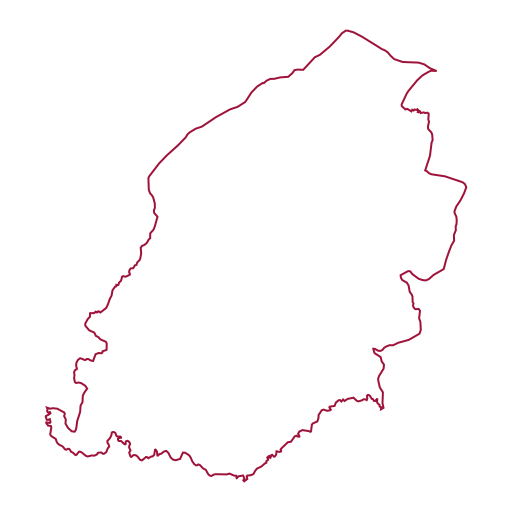 the district of Restrepo, Valle del Cauca, Colombia
{"feature_id": "7082276B97721102897015", "entity_name": "Restrepo", "entity_type": "district", "adm_level": 2, "iso_a3": "COL", "parent_name": "Colombia", "parent_adm1": "Valle del Cauca", "projection": "natural_earth1", "projection_center": [-76.549, 3.81], "detail": "fine", "context": "isolated", "style": "outline", "palette": "rose", "viewbox_px": 512, "rotation_deg": 0, "n_neighbors": 0, "source": "geoboundaries", "source_scale": "gbopen_adm2", "svg_char_len": 5983}
<svg xmlns="http://www.w3.org/2000/svg" viewBox="0 0 512 512"><path d="M195.7,128.7L190.2,132.0L187.7,134.1L185.5,137.6L178.0,145.3L167.0,155.2L159.2,163.3L149.2,176.3L148.4,178.1L148.8,189.8L150.1,193.3L152.0,195.4L153.2,197.5L154.8,203.4L154.9,207.7L153.9,210.6L154.2,213.0L157.5,216.7L154.8,226.4L153.5,229.7L150.2,233.4L150.2,238.2L148.7,239.6L146.6,243.2L143.8,245.3L142.2,245.7L140.7,247.7L141.2,253.3L140.2,258.8L139.4,260.3L137.4,262.2L136.4,264.9L134.9,265.4L133.2,268.2L130.8,268.4L129.5,270.0L129.1,272.2L129.9,273.8L129.8,274.7L126.2,276.5L125.0,276.7L123.2,276.1L122.1,276.7L121.0,280.8L119.1,282.5L118.4,284.9L117.8,285.2L116.4,284.8L116.1,286.4L115.0,286.7L112.5,290.3L111.6,295.5L109.6,299.4L108.1,303.9L106.2,308.0L100.4,312.5L98.9,311.3L97.3,312.3L97.1,311.8L96.1,312.2L95.7,311.7L94.0,313.1L90.1,313.2L89.9,316.8L87.7,319.1L85.3,323.5L85.2,325.3L85.7,326.2L89.2,330.3L94.3,332.6L95.8,335.8L98.5,337.2L100.3,339.3L105.9,341.8L106.7,343.5L106.6,348.9L106.4,350.0L102.5,351.3L102.4,352.6L101.5,353.3L98.7,353.0L95.6,354.2L93.1,361.0L90.5,360.4L88.5,359.1L86.7,359.0L85.9,359.8L84.7,360.0L80.6,358.3L79.8,358.4L77.8,360.1L76.5,362.5L76.1,365.2L76.9,369.0L74.8,370.4L74.1,372.2L74.5,375.1L74.1,378.3L74.9,382.1L76.1,383.0L78.7,382.5L81.3,383.2L85.2,385.7L87.2,388.6L84.1,392.9L82.8,395.8L82.5,402.2L80.6,405.5L80.1,412.1L77.2,421.1L76.3,428.0L75.6,430.3L74.6,431.7L71.7,431.3L68.1,428.0L65.5,423.6L65.8,419.5L64.1,416.0L64.8,414.1L64.4,412.6L57.3,408.7L52.9,408.2L50.1,408.7L46.9,407.6L47.6,409.4L47.1,410.7L47.5,411.9L48.2,412.6L49.9,412.0L50.5,413.1L49.4,414.2L45.9,416.1L45.7,416.8L46.8,419.8L48.0,419.9L49.8,419.1L50.5,422.0L49.8,423.0L46.4,422.3L46.2,422.9L48.1,425.6L50.9,426.0L51.3,427.8L50.2,434.1L50.4,434.9L51.3,436.1L55.8,439.0L56.6,441.7L57.6,443.3L59.5,444.9L62.6,446.4L65.1,449.4L66.4,449.7L67.6,448.9L69.1,448.9L70.0,449.8L71.0,451.7L73.1,452.8L75.5,455.1L76.5,454.8L78.8,451.8L79.8,451.6L81.4,452.2L85.7,455.7L87.6,456.5L91.5,455.5L94.6,455.6L97.2,454.3L97.7,453.0L99.0,452.6L101.3,452.5L103.2,453.9L104.3,453.6L106.2,452.2L107.8,448.3L109.2,446.6L108.5,444.2L107.4,442.6L107.4,440.9L109.8,438.4L111.4,435.2L111.8,432.7L112.2,432.2L113.8,432.0L115.4,433.0L116.4,435.9L117.4,436.5L120.1,436.5L121.1,437.3L121.0,437.8L118.9,438.1L118.0,438.7L118.0,439.8L118.8,441.0L121.3,441.1L123.8,443.7L125.1,444.4L125.7,443.9L125.6,442.0L126.3,441.1L127.7,440.8L129.4,442.1L130.1,443.9L129.1,446.4L129.2,447.8L130.5,450.3L129.2,452.6L130.2,455.9L131.0,456.9L131.7,456.7L133.3,455.1L135.7,455.2L137.4,456.4L140.1,459.8L142.0,460.4L146.0,457.0L147.1,457.1L148.3,458.2L151.4,456.5L152.6,456.4L154.3,454.7L155.0,449.8L155.6,449.6L157.0,451.7L157.4,455.5L158.1,455.6L159.4,454.1L161.3,453.7L163.8,451.6L166.2,450.9L168.3,452.8L170.8,457.7L173.2,459.7L175.7,460.2L180.1,458.9L182.9,452.6L185.1,452.7L189.0,455.2L190.6,457.4L192.3,461.4L194.3,464.2L196.1,465.3L197.1,465.3L198.3,464.4L200.1,465.2L203.0,468.4L205.8,469.8L208.1,474.0L209.8,475.6L211.5,476.0L213.2,474.8L215.5,474.2L226.7,474.4L229.5,473.6L234.1,475.6L236.1,475.7L236.6,476.4L236.4,477.8L236.8,478.2L238.5,476.3L243.1,475.5L244.4,478.5L243.3,480.3L244.2,481.3L247.3,479.0L246.7,476.3L247.2,475.6L250.8,475.2L253.4,474.1L255.2,470.8L257.0,468.6L261.4,466.5L264.8,463.5L266.3,462.8L266.3,461.3L268.1,459.8L267.3,457.4L268.4,456.4L269.3,456.0L269.5,457.7L270.4,457.8L271.5,455.0L272.2,454.8L274.0,456.7L274.9,456.4L276.2,454.5L276.5,451.3L279.4,451.9L280.9,451.6L281.2,450.7L280.6,449.5L281.2,448.6L287.9,442.2L290.9,441.8L294.8,436.3L296.5,435.7L297.1,436.4L299.3,436.7L299.4,436.1L298.1,433.8L299.3,431.6L302.4,430.1L308.8,431.1L310.2,431.8L311.0,431.5L311.9,424.6L312.9,423.4L317.3,421.5L318.5,417.9L318.6,415.0L321.7,410.3L323.6,409.6L327.2,410.8L330.4,410.2L330.8,409.5L329.4,407.5L329.7,406.7L334.6,405.9L335.9,402.5L338.7,400.2L340.0,400.1L341.4,401.5L343.1,399.5L344.5,401.0L347.7,398.9L353.5,397.7L356.8,400.8L358.2,401.4L361.8,400.4L363.5,399.3L365.6,399.4L366.7,400.1L367.3,398.7L367.0,395.8L367.9,394.9L368.7,395.0L369.9,395.8L371.8,398.9L372.9,399.1L374.1,401.0L375.2,401.0L376.8,399.1L377.3,399.3L377.0,401.9L377.7,403.4L379.5,404.9L379.7,406.6L381.2,407.2L381.0,409.3L383.5,407.8L382.5,403.2L382.9,392.3L379.8,387.4L378.2,380.3L378.2,378.5L379.1,375.9L383.6,368.6L384.0,364.7L381.7,361.4L380.6,357.0L374.5,353.1L373.3,348.8L374.8,348.8L378.1,350.7L380.4,350.9L382.4,350.0L384.0,347.9L386.7,346.3L389.6,345.2L393.0,345.3L398.5,342.7L408.7,339.9L419.5,333.7L420.8,329.8L420.4,322.0L419.1,318.2L420.0,310.8L418.6,308.9L415.7,309.2L414.7,308.7L413.4,306.9L413.0,305.6L413.5,303.5L412.6,301.8L412.5,296.6L411.8,294.7L409.7,291.8L408.6,285.6L406.9,282.7L402.2,280.0L400.9,277.6L400.6,275.2L407.7,271.3L409.1,271.1L410.4,271.5L412.3,274.1L418.7,278.8L422.7,280.1L425.8,280.4L428.9,279.1L433.6,274.9L443.7,269.1L446.2,259.6L448.9,251.8L451.5,245.2L454.1,240.8L453.9,235.0L455.8,230.3L455.7,226.5L456.5,224.1L456.7,220.4L456.4,216.8L454.6,213.0L454.5,211.2L456.2,206.7L460.6,200.1L464.1,193.2L466.3,187.2L464.9,184.1L462.7,182.3L444.9,176.3L431.5,174.3L428.8,173.1L427.0,171.3L425.2,170.4L430.0,155.7L431.6,142.5L432.6,140.3L432.3,135.3L431.8,133.4L431.2,132.2L428.5,129.4L428.0,128.0L428.0,126.4L429.0,121.6L428.3,119.6L428.7,113.6L427.5,112.7L425.1,113.0L423.8,112.4L420.7,113.0L420.0,111.3L419.4,111.0L418.6,112.3L417.8,112.1L418.3,110.2L417.4,109.2L416.5,109.9L414.4,109.5L413.7,110.5L412.2,109.8L411.4,111.4L407.4,108.9L405.4,109.4L401.8,106.2L401.6,104.5L406.7,93.6L408.3,91.1L417.2,80.3L422.3,75.5L428.6,71.8L431.1,70.7L436.6,71.0L429.7,68.1L424.4,64.4L418.5,62.6L402.7,62.0L394.2,59.1L390.7,55.9L387.7,52.3L384.8,50.3L382.1,49.2L362.0,36.7L353.8,32.4L347.8,30.7L345.7,30.7L341.9,33.3L338.8,37.1L329.5,46.8L319.8,54.9L314.9,57.2L303.2,69.8L297.3,69.6L294.4,70.2L292.5,73.0L288.3,76.8L280.2,77.4L273.9,78.9L270.4,78.9L266.5,80.7L263.8,83.2L262.8,82.9L257.2,86.5L251.6,92.3L245.3,101.9L237.7,106.8L230.0,109.4L215.9,117.2L201.9,126.6L195.7,128.7Z" fill="none" stroke="#9f1239" stroke-width="2"/></svg>